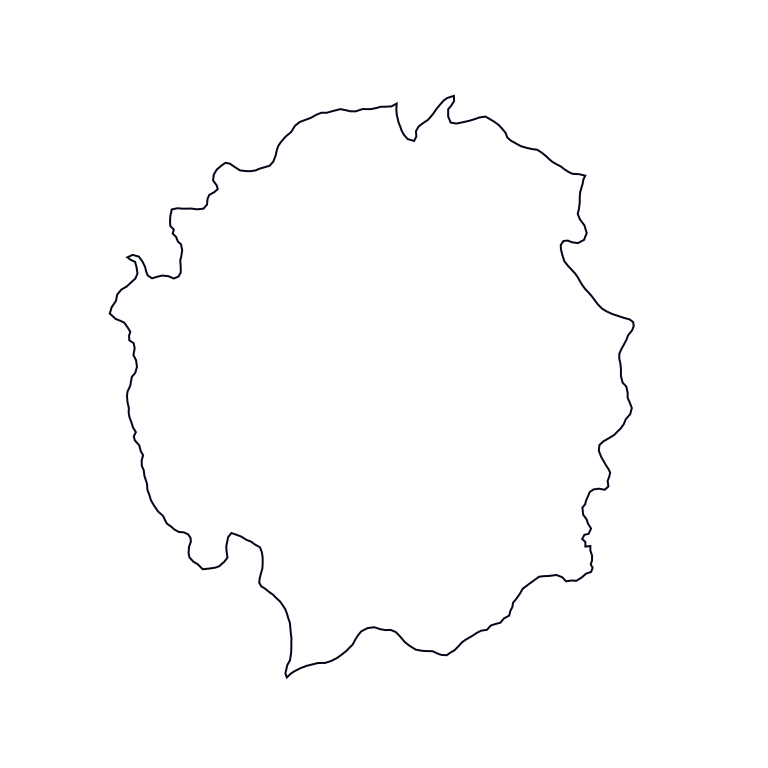 the district of Campo Florido, Minas Gerais, Brazil, rotated 254°
{"feature_id": "56859067B92335368120595", "entity_name": "Campo Florido", "entity_type": "district", "adm_level": 2, "iso_a3": "BRA", "parent_name": "Brazil", "parent_adm1": "Minas Gerais", "projection": "orthographic", "projection_center": [-48.647, -19.715], "detail": "fine", "context": "isolated", "style": "outline", "palette": "ink", "viewbox_px": 768, "rotation_deg": 254, "n_neighbors": 0, "source": "geoboundaries", "source_scale": "gbopen_adm2", "svg_char_len": 5086}
<svg xmlns="http://www.w3.org/2000/svg" viewBox="0 0 768 768"><g transform="rotate(254 384 384)"><path d="M527.3,139.8L523.8,142.0L520.5,144.0L517.4,148.0L514.6,151.2L509.3,153.1L504.1,154.5L500.6,152.2L496.1,151.2L492.3,154.6L487.1,154.2L480.9,151.1L475.3,152.2L468.7,151.3L463.3,148.0L460.4,143.6L456.2,141.5L452.1,139.5L447.4,135.3L442.8,133.5L437.1,132.4L431.2,132.1L426.6,130.6L422.2,130.2L416.8,130.6L411.1,130.8L406.1,132.2L402.6,129.0L398.3,129.0L392.6,131.8L386.3,131.7L381.8,132.8L377.4,130.0L371.9,128.6L367.4,129.3L362.0,128.4L353.3,128.7L347.6,127.4L341.7,127.9L336.5,127.9L330.4,129.5L323.5,131.8L318.1,135.3L313.4,136.0L309.7,136.8L305.4,140.2L301.9,142.4L298.3,146.0L296.6,150.7L293.5,154.2L289.5,155.6L285.7,154.9L281.1,151.6L275.2,149.5L270.8,149.2L265.7,151.8L262.2,155.2L255.9,158.7L254.7,165.6L254.0,171.2L254.2,175.2L257.3,181.7L260.3,185.7L265.6,186.4L271.1,187.5L275.0,189.5L279.7,191.9L282.8,196.2L280.2,200.0L276.7,204.7L272.1,208.8L269.1,212.8L265.4,215.6L261.2,219.8L255.7,220.2L250.6,219.5L244.6,217.8L239.9,216.1L236.6,214.0L231.4,210.9L227.4,209.3L223.4,210.2L220.0,213.3L215.4,216.5L212.1,219.2L207.7,221.6L203.6,224.1L199.4,225.6L194.8,227.0L190.4,227.4L185.2,227.4L180.4,227.7L175.1,226.7L169.9,225.7L165.1,225.0L161.2,223.7L157.2,222.6L151.4,220.7L144.4,217.5L140.4,213.5L136.5,211.4L133.1,209.5L128.7,209.7L131.4,214.8L132.7,219.3L133.9,225.7L134.4,232.0L134.2,237.7L134.0,243.7L132.1,250.5L132.3,256.7L133.5,263.1L135.5,268.7L137.8,274.3L139.9,277.9L142.2,282.1L146.2,285.9L149.8,290.0L152.5,294.0L153.9,301.0L152.9,307.5L149.5,312.6L147.1,317.3L145.8,322.6L142.3,327.0L136.6,330.0L130.5,332.7L125.3,336.4L119.8,341.4L116.9,347.4L115.2,352.3L113.8,357.0L110.3,361.0L107.9,364.2L106.0,369.5L107.4,373.5L108.6,378.4L111.4,383.3L114.2,387.8L115.7,392.0L116.8,396.4L117.8,400.4L119.2,404.6L120.1,409.7L119.3,415.1L122.4,420.2L122.6,425.4L122.4,430.0L125.6,434.7L126.9,440.6L130.9,442.8L134.2,445.9L138.2,447.8L140.9,451.8L144.9,456.8L148.9,460.8L151.4,467.3L154.1,474.6L156.0,479.9L155.2,484.8L154.0,489.6L152.9,497.1L149.2,502.0L144.1,504.7L143.5,509.8L141.8,514.8L143.5,520.7L146.0,525.9L146.3,531.3L149.8,533.9L153.6,533.0L157.0,535.3L161.5,536.7L167.2,536.5L171.4,537.7L172.2,532.8L176.7,534.0L180.4,531.8L183.8,535.1L183.6,539.4L188.0,543.2L193.6,541.6L198.1,541.4L203.5,539.4L210.6,540.7L212.8,544.1L216.3,546.1L219.9,549.2L223.5,552.0L224.9,556.4L224.2,561.5L221.5,567.1L223.7,571.5L229.1,572.2L232.9,575.0L236.5,577.0L240.4,576.3L245.0,574.9L249.9,573.7L254.4,572.6L260.7,572.1L266.0,574.3L268.3,578.8L270.0,585.5L271.6,591.3L273.7,594.9L275.9,599.1L279.4,603.5L283.4,606.6L287.2,612.4L292.6,615.6L298.6,615.1L303.7,614.4L308.4,615.8L314.8,616.2L319.6,613.7L326.6,614.0L332.7,615.8L338.7,616.9L343.3,617.1L348.2,618.5L352.1,621.8L355.7,625.4L359.5,629.1L363.5,632.0L367.2,637.3L370.8,640.0L374.8,640.6L378.4,637.9L381.5,632.7L384.9,627.8L388.2,622.9L392.6,617.8L396.3,614.4L401.6,611.5L406.7,609.6L410.9,608.0L415.2,606.0L419.6,603.7L424.9,601.7L429.2,600.6L433.2,599.7L437.5,598.2L442.1,595.9L446.7,593.5L452.3,591.2L459.7,591.0L464.7,591.2L468.8,592.2L472.0,595.9L471.2,600.2L468.5,603.7L466.0,609.1L467.4,616.0L473.3,620.5L481.1,620.4L488.2,617.7L494.1,617.1L498.1,619.4L504.3,622.1L509.5,623.6L514.6,625.6L518.1,627.8L521.7,630.1L525.5,631.9L528.8,634.9L531.9,629.4L534.1,623.1L537.0,619.8L540.8,616.5L544.3,614.0L547.6,610.5L551.0,607.2L554.4,604.9L558.2,602.7L563.0,599.3L567.0,595.8L569.1,590.9L571.8,586.0L574.9,581.1L579.1,576.9L582.9,573.1L587.1,570.4L591.8,570.1L596.3,568.2L601.3,565.7L605.6,562.4L609.2,559.0L613.1,555.3L613.9,549.2L613.6,543.9L613.5,538.5L613.9,531.7L614.4,525.4L616.9,520.2L623.4,519.4L630.4,521.4L633.1,525.4L636.7,529.4L641.7,530.6L641.5,523.6L640.0,519.4L637.1,514.9L634.0,510.3L629.9,505.4L625.8,499.1L624.1,493.7L622.0,488.2L618.2,484.4L613.0,483.3L609.3,479.9L613.0,474.2L618.0,471.9L622.4,470.8L626.7,470.6L631.2,470.1L635.8,470.3L640.1,470.6L645.1,471.7L650.1,473.5L648.8,467.7L650.0,462.4L651.4,457.2L651.4,452.6L651.9,446.8L654.2,439.2L653.9,431.8L655.4,426.9L657.5,423.1L660.2,418.0L660.5,410.9L660.5,403.7L662.0,398.7L661.5,393.3L660.0,387.1L659.5,380.4L659.1,375.3L656.8,369.7L651.9,364.3L648.8,357.4L645.0,351.6L642.2,348.2L638.9,345.8L633.3,342.7L628.2,338.8L625.3,334.1L625.3,329.5L625.3,324.0L624.7,319.2L625.4,314.2L626.8,309.7L629.1,304.4L634.2,299.9L638.1,296.8L640.3,292.6L639.0,288.5L636.3,282.5L632.3,278.1L626.8,275.8L621.1,277.9L617.2,277.9L615.3,274.0L613.9,268.1L610.4,265.3L605.2,263.3L602.3,258.8L603.5,252.2L605.7,247.3L606.9,242.8L608.0,238.8L609.9,233.9L610.3,228.1L604.6,225.0L599.2,223.1L594.8,222.1L590.4,224.5L586.8,222.3L582.6,224.7L577.6,225.2L574.2,227.4L568.3,226.9L562.9,224.5L558.9,222.2L552.8,220.9L547.3,219.4L544.0,216.2L543.3,211.1L547.1,206.4L549.4,200.6L549.6,195.1L549.5,190.2L553.5,186.8L557.7,186.4L562.4,186.6L567.7,185.7L574.0,183.5L577.4,178.0L576.5,172.2L573.1,174.8L570.0,178.4L564.4,178.3L558.2,177.5L553.9,174.1L551.3,168.7L548.7,163.7L547.1,157.5L543.5,152.2L537.7,149.2L532.9,143.4L527.3,139.8Z" fill="none" stroke="#020617" stroke-width="2"/></g></svg>